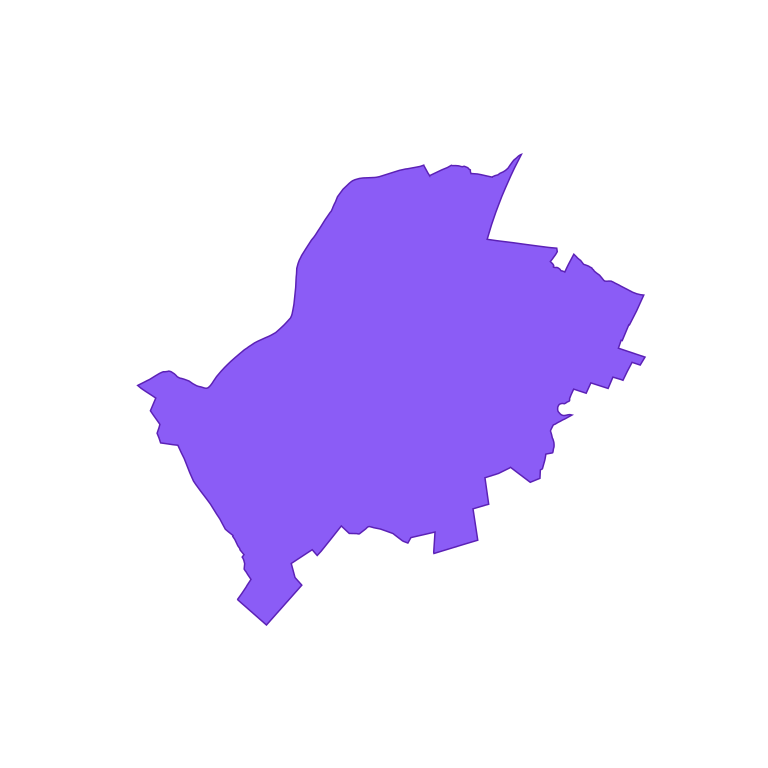 Vetis, Satu Mare, Romania, rotated 300°
{"feature_id": "2599482B41100527778535", "entity_name": "Vetis", "entity_type": "district", "adm_level": 2, "iso_a3": "ROU", "parent_name": "Romania", "parent_adm1": "Satu Mare", "projection": "natural_earth1", "projection_center": [22.756, 47.784], "detail": "fine", "context": "isolated", "style": "filled", "palette": "violet", "viewbox_px": 768, "rotation_deg": 300, "n_neighbors": 0, "source": "geoboundaries", "source_scale": "gbopen_adm2", "svg_char_len": 5511}
<svg xmlns="http://www.w3.org/2000/svg" viewBox="0 0 768 768"><g transform="rotate(300 384 384)"><path d="M451.1,562.3L450.7,561.0L450.4,560.2L449.9,559.5L449.2,558.6L447.9,557.2L446.8,555.8L446.3,554.8L446.1,553.9L446.0,552.8L446.1,552.2L446.2,551.6L446.8,549.7L447.2,548.7L447.6,548.1L448.8,547.1L450.1,546.4L451.0,546.0L452.1,545.9L453.1,545.9L453.8,546.0L454.9,546.6L455.9,547.6L456.6,548.6L456.8,549.4L457.2,550.2L458.7,551.1L459.5,551.4L460.3,551.9L461.5,552.8L462.1,553.0L462.7,552.9L463.2,552.7L463.6,552.3L464.3,552.0L468.1,551.4L474.4,550.8L477.1,563.7L488.4,562.6L492.2,580.3L504.4,578.8L506.1,585.9L506.4,587.2L506.7,589.1L516.6,588.4L526.8,588.0L528.5,596.4L537.8,596.6L532.2,569.1L540.5,567.5L540.7,568.6L557.8,566.4L557.9,567.0L573.6,566.2L590.9,564.5L589.6,561.5L588.5,557.8L587.8,553.5L587.3,541.9L587.2,540.0L587.2,537.9L586.9,533.5L586.9,531.8L586.8,530.8L586.7,529.8L586.7,529.4L586.2,528.4L585.2,526.7L584.4,525.6L583.7,524.1L583.5,523.5L583.6,523.0L583.7,522.4L584.0,521.6L584.2,521.1L584.7,519.9L585.2,518.5L585.6,517.4L585.8,516.9L586.0,516.3L586.1,515.5L586.2,514.5L586.3,513.5L586.4,512.3L586.6,511.5L586.7,510.6L587.0,509.4L587.5,508.5L587.7,507.7L587.8,506.9L588.3,506.3L588.4,505.4L588.3,503.6L588.4,502.4L588.2,500.9L587.7,498.2L587.5,497.5L587.5,496.9L589.4,492.3L589.4,491.4L589.9,488.5L590.4,487.1L591.3,483.5L580.1,483.9L575.5,484.2L571.4,484.6L571.4,483.6L571.1,482.5L571.0,481.7L570.6,480.9L570.8,480.2L571.3,479.2L571.5,478.1L571.6,476.7L571.4,475.4L570.8,474.6L570.1,473.1L570.0,472.2L570.4,472.0L570.9,472.0L571.6,471.6L571.9,471.0L572.5,469.8L572.8,468.4L573.2,466.8L576.2,467.3L579.2,467.6L581.9,467.9L584.5,467.9L585.2,467.9L588.0,465.7L585.9,461.2L584.5,458.1L580.0,447.3L575.9,437.4L570.9,425.1L564.5,410.0L560.9,401.0L575.7,397.5L582.3,396.2L588.4,395.0L595.6,393.8L605.7,392.2L614.8,391.1L627.9,389.7L636.4,389.0L651.5,388.2L650.8,387.6L648.7,386.5L646.0,385.7L642.8,384.5L640.8,384.2L637.1,383.8L632.9,383.5L629.7,382.4L627.4,381.2L624.3,379.0L622.1,378.1L620.0,376.0L617.8,374.4L617.3,374.4L615.6,369.1L613.8,363.3L612.6,359.9L610.1,354.7L609.7,354.2L610.9,352.8L612.4,351.8L612.6,351.7L612.6,351.4L612.6,350.4L612.7,350.0L612.8,349.6L613.2,348.5L613.1,347.4L612.7,344.7L612.1,343.9L611.5,343.5L610.9,342.1L610.4,340.0L610.0,339.0L608.9,336.7L607.2,333.8L607.1,333.0L603.2,330.7L598.4,327.0L587.5,319.5L587.1,319.6L588.3,317.3L588.7,316.5L593.1,309.3L593.4,309.0L590.6,306.6L589.8,305.7L587.8,303.4L582.1,296.7L581.0,295.2L578.7,292.7L576.7,290.5L571.8,286.0L561.2,276.3L559.2,274.0L558.1,272.5L556.5,270.0L554.2,266.4L552.0,262.9L549.7,259.9L546.4,256.7L544.2,255.1L542.7,254.4L540.6,253.6L532.1,251.1L524.1,250.2L522.8,250.1L517.4,250.9L515.0,251.0L511.4,251.4L511.0,251.5L510.4,251.6L507.1,251.9L505.8,251.6L504.7,251.5L499.6,251.1L497.2,250.9L495.1,250.8L488.8,250.6L483.9,250.3L478.9,250.1L475.9,249.8L472.4,249.2L462.2,248.7L454.2,248.4L451.6,248.6L449.0,248.7L445.5,249.3L440.6,250.6L435.6,253.2L432.9,254.4L430.3,255.7L425.7,258.1L423.1,259.4L416.4,262.4L408.1,266.1L403.4,267.8L398.7,269.4L396.8,269.8L394.4,270.0L393.5,269.8L387.6,268.5L385.1,267.9L379.5,266.2L374.4,264.5L369.8,261.8L367.3,260.1L364.8,258.2L360.3,255.0L357.8,253.2L354.8,251.3L348.4,248.1L346.7,247.4L343.7,245.9L338.2,243.9L332.6,241.9L326.9,240.0L322.4,238.7L318.7,237.7L313.9,236.6L306.8,235.3L301.3,234.9L298.9,234.8L296.3,234.5L294.9,234.2L293.6,233.8L292.6,233.4L291.4,232.2L290.8,230.7L290.0,227.1L289.2,224.6L288.8,222.6L288.7,218.1L289.1,213.7L288.6,210.7L288.2,208.4L287.6,205.9L287.0,204.2L286.9,201.3L287.5,199.5L288.0,197.3L288.2,193.7L288.1,192.9L287.6,191.2L286.5,190.1L285.8,189.1L285.2,188.4L284.2,186.7L283.1,185.8L280.8,184.2L276.7,181.9L270.7,178.7L268.4,177.1L266.0,175.6L261.3,172.5L259.6,171.4L258.8,175.9L258.4,181.2L258.1,187.3L257.7,193.4L251.2,194.2L244.0,195.1L241.6,200.1L239.5,204.7L237.0,210.1L234.0,210.9L227.9,212.1L224.7,216.2L221.3,220.0L224.2,227.2L225.8,231.3L227.9,236.1L223.2,242.7L219.5,248.3L218.7,249.3L215.6,253.2L210.1,260.1L204.7,267.5L202.7,271.6L199.2,279.6L195.7,288.0L193.2,293.7L187.9,303.6L185.0,309.4L182.6,313.2L178.9,319.2L178.2,323.0L177.3,329.0L176.4,329.2L174.8,332.5L170.8,338.3L169.5,341.1L168.3,342.4L166.2,348.1L163.2,347.7L162.5,349.1L161.2,350.8L158.7,353.2L153.8,355.4L152.8,357.3L152.5,358.2L150.8,361.3L148.3,366.5L141.3,366.1L139.0,366.1L131.4,365.6L124.4,364.9L123.9,365.6L116.5,402.7L164.2,412.5L168.7,413.4L171.9,403.7L179.5,396.1L182.2,393.4L200.5,402.6L204.6,404.7L203.1,408.9L202.1,411.9L207.9,413.2L223.5,415.6L239.7,418.0L237.2,428.6L240.1,433.9L240.8,435.2L241.3,436.7L241.9,437.6L249.3,440.6L251.5,441.2L252.6,441.8L253.3,442.7L254.1,445.6L254.4,446.9L256.6,453.4L257.7,459.3L258.9,466.0L259.0,467.0L258.9,467.4L258.8,467.8L257.4,478.5L257.5,479.9L258.2,484.2L264.4,484.1L264.6,484.4L264.8,484.5L281.3,502.2L263.1,511.2L262.5,511.7L262.2,512.0L284.7,533.0L295.6,543.3L320.4,523.5L329.8,532.4L332.2,534.8L353.3,518.3L363.8,527.9L374.0,534.7L375.1,535.2L374.0,543.7L372.0,559.8L380.3,566.2L387.5,562.5L387.9,562.4L389.3,563.4L389.7,563.5L390.2,563.5L391.6,563.1L397.9,561.5L399.5,561.0L401.7,560.2L403.1,559.7L404.0,559.2L404.4,559.4L408.4,564.1L408.8,564.4L409.6,564.3L411.0,563.8L411.9,563.4L413.2,563.0L414.5,562.7L416.2,561.8L418.0,560.6L419.1,559.6L420.7,557.9L421.5,556.7L422.5,555.8L424.2,554.2L426.5,551.7L426.8,551.6L427.6,551.4L432.6,551.1L433.0,551.1L433.4,551.2L434.8,552.3L437.7,553.9L439.8,555.3L442.2,556.7L444.3,558.2L451.1,562.3Z" fill="#8b5cf6" stroke="#5b21b6" stroke-width="1.5"/></g></svg>